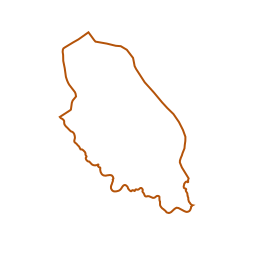 the district of Cidade Da Matola, Maputo, Mozambique, rotated 313°
{"feature_id": "85939544B308430160587", "entity_name": "Cidade Da Matola", "entity_type": "district", "adm_level": 2, "iso_a3": "MOZ", "parent_name": "Mozambique", "parent_adm1": "Maputo", "projection": "mercator", "projection_center": [32.447, -25.844], "detail": "fine", "context": "isolated", "style": "outline", "palette": "amber", "viewbox_px": 256, "rotation_deg": 313, "n_neighbors": 0, "source": "geoboundaries", "source_scale": "gbopen_adm2", "svg_char_len": 4636}
<svg xmlns="http://www.w3.org/2000/svg" viewBox="0 0 256 256"><g transform="rotate(313 128 128)"><path d="M115.6,228.0L115.3,227.5L115.1,226.1L115.2,225.0L115.3,224.7L115.5,224.3L115.6,223.6L115.6,223.0L115.9,222.4L116.5,221.5L116.8,220.9L117.3,220.4L118.0,219.8L118.4,219.0L118.6,218.4L119.1,218.0L119.2,217.8L119.4,217.3L119.9,216.8L120.3,216.4L120.5,216.1L120.7,215.8L120.9,215.1L121.1,214.4L121.3,213.6L121.7,212.9L122.2,212.5L122.5,212.5L122.6,212.4L122.9,212.3L123.0,211.7L122.9,211.3L122.7,211.0L122.5,210.6L122.4,210.1L122.4,209.6L122.8,209.1L123.3,208.5L123.9,208.2L124.6,207.8L125.1,207.5L125.5,207.2L126.2,207.1L126.7,207.0L127.2,207.0L127.5,207.1L128.0,207.0L128.3,207.1L128.7,207.3L128.9,207.7L129.1,208.2L129.1,208.6L129.4,208.8L129.6,208.8L129.7,208.7L129.9,208.4L130.3,208.0L130.7,207.6L131.1,207.4L131.6,207.1L132.0,206.9L132.3,206.8L132.5,206.7L135.9,194.3L138.1,189.5L139.6,188.2L142.4,186.9L144.7,186.1L146.7,185.1L151.6,183.2L154.3,181.1L157.6,178.8L160.7,176.0L164.0,169.6L167.1,161.2L169.2,151.7L169.4,142.9L170.0,135.4L171.6,122.8L172.8,109.1L173.7,105.5L176.7,93.6L177.8,90.6L179.8,87.9L182.7,83.9L184.4,73.8L182.9,66.9L179.8,63.0L175.3,55.0L169.0,45.3L169.2,43.3L171.0,33.8L158.9,31.3L153.2,29.5L144.0,26.9L142.2,26.5L140.9,26.9L139.1,28.3L137.2,30.7L132.9,34.9L128.6,40.9L123.0,47.8L121.2,51.1L120.1,53.7L119.5,55.7L118.0,64.8L117.3,66.3L115.6,68.5L110.4,68.8L108.2,69.7L102.5,73.7L101.1,73.5L89.6,70.6L89.5,71.4L89.4,71.9L89.5,72.6L89.7,73.2L89.9,73.9L89.9,75.3L89.8,75.9L89.5,76.6L88.9,77.2L88.1,77.9L87.9,78.3L87.4,78.9L87.2,79.4L87.0,80.6L86.8,81.3L86.8,82.9L86.8,83.5L86.6,86.8L86.6,87.9L86.6,88.4L86.7,88.8L87.0,89.4L87.2,90.1L87.3,90.9L87.2,91.7L87.0,92.4L86.8,93.0L86.4,93.5L86.0,94.3L85.7,94.6L85.2,95.3L84.8,95.7L84.3,96.1L83.6,96.5L83.0,96.8L82.4,97.2L81.9,97.5L81.7,97.7L81.4,98.3L81.2,98.6L81.2,99.4L81.3,100.4L81.3,101.4L81.3,101.5L81.1,103.1L81.1,104.0L81.1,104.7L80.8,105.7L80.5,106.3L80.4,106.9L80.2,107.3L80.0,107.8L80.3,108.3L80.7,108.7L81.0,109.1L81.1,109.8L81.2,110.8L81.1,111.7L81.1,112.6L80.8,113.6L80.3,114.4L79.9,114.6L79.4,115.4L79.1,116.0L79.1,116.6L78.9,117.1L78.5,117.3L78.1,117.4L77.6,117.4L77.2,117.6L77.0,117.8L76.7,118.3L76.4,118.8L76.2,119.8L76.2,120.4L76.2,120.9L76.3,121.4L76.4,121.8L76.7,122.2L76.9,122.4L76.9,122.6L77.0,122.7L77.0,123.3L76.9,124.1L76.8,125.9L76.8,126.6L77.0,127.3L77.2,127.9L77.6,128.6L77.9,129.0L78.5,129.7L79.2,130.1L79.6,130.5L80.1,130.8L80.9,131.0L81.0,131.3L80.7,131.6L80.1,131.7L79.7,132.0L79.6,132.5L79.5,133.3L79.7,133.8L80.0,134.2L80.0,134.8L79.8,135.1L79.4,135.4L78.9,135.7L78.5,136.2L77.9,136.9L77.4,137.7L77.0,138.3L76.8,139.0L76.6,139.6L76.4,140.3L76.4,140.9L76.5,141.8L76.7,142.5L77.3,143.4L78.0,144.3L79.1,145.0L80.0,145.8L80.7,146.3L81.6,147.3L81.9,147.8L82.2,148.3L82.2,148.5L82.2,149.0L82.1,149.9L81.9,150.5L81.6,151.0L81.3,151.6L81.1,151.8L80.9,151.9L80.6,151.9L80.3,151.9L80.2,152.0L79.9,152.0L79.7,152.4L79.2,152.9L78.5,153.3L77.7,153.6L77.0,153.9L76.1,154.4L75.2,154.7L74.5,155.0L74.0,155.2L74.0,155.3L73.5,155.6L73.0,156.0L72.3,156.7L71.9,157.7L71.7,158.5L71.6,159.2L71.7,159.9L71.9,160.6L72.5,161.5L73.4,162.4L74.2,163.0L75.3,163.7L76.1,164.1L77.4,164.4L78.5,164.4L80.0,164.2L80.8,164.0L81.7,163.9L82.8,163.9L83.7,164.2L84.2,164.6L84.5,165.1L84.7,165.8L84.7,166.4L84.7,167.5L84.5,168.1L84.4,168.4L83.8,169.3L83.7,169.8L83.7,170.6L83.5,171.2L83.5,172.0L83.6,172.5L83.6,172.9L83.7,173.0L83.9,173.4L84.0,173.5L84.3,173.6L84.7,173.6L85.1,173.5L85.4,173.6L85.7,173.8L85.9,174.1L86.0,174.3L86.1,174.5L86.2,174.8L86.2,175.2L86.3,175.4L86.4,175.6L86.5,175.8L86.8,175.8L87.3,175.6L87.8,175.5L88.2,175.5L88.5,175.7L88.8,176.0L88.9,176.3L89.1,176.7L89.4,177.0L89.9,177.5L90.5,177.7L91.3,177.8L92.2,177.9L92.8,178.2L93.2,178.7L93.3,179.3L93.2,179.9L93.1,180.5L92.8,181.0L92.6,181.2L92.1,181.4L91.5,181.8L91.2,182.5L91.1,183.1L91.1,183.5L90.7,184.8L90.3,185.6L89.9,186.5L89.9,187.2L90.2,187.9L90.9,188.5L91.6,188.9L92.1,189.5L92.4,189.9L92.8,190.9L93.0,191.5L93.6,193.1L93.9,193.9L94.8,194.7L95.7,195.1L96.7,195.2L97.8,195.4L98.7,196.1L99.1,196.8L99.2,197.7L98.6,198.4L97.7,199.2L96.5,200.5L96.1,201.3L96.1,201.5L93.5,204.0L93.0,205.1L92.7,206.4L92.6,207.5L92.6,208.2L92.8,209.3L92.8,210.3L92.8,210.7L92.9,211.4L92.9,212.1L92.7,213.0L92.7,213.7L92.8,214.3L93.1,214.8L93.4,215.3L93.6,215.7L93.9,216.0L94.8,216.5L96.0,216.9L97.4,217.0L98.8,217.1L100.3,217.2L101.7,217.5L102.8,217.9L103.3,218.6L103.9,219.5L105.6,225.9L106.2,227.4L106.6,228.1L107.3,228.7L108.0,229.1L109.1,229.5L110.4,229.4L111.5,229.0L112.5,228.6L112.9,228.3L113.2,228.1L113.3,227.9L113.6,227.9L115.3,227.9L115.6,228.0Z" fill="none" stroke="#b45309" stroke-width="2"/></g></svg>